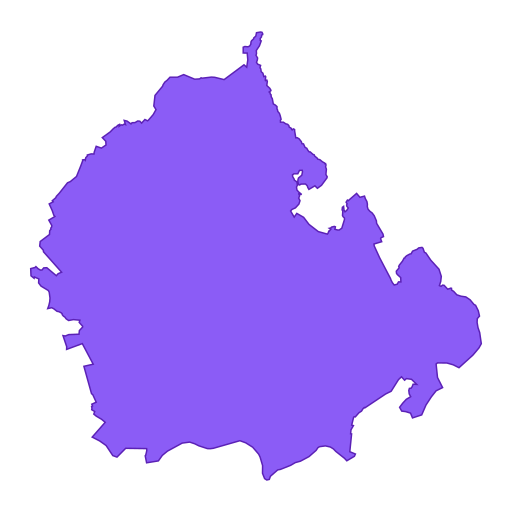 outline of Uriu, Bistrita-Nasaud, Romania
{"feature_id": "2599482B41912909280800", "entity_name": "Uriu", "entity_type": "district", "adm_level": 2, "iso_a3": "ROU", "parent_name": "Romania", "parent_adm1": "Bistrita-Nasaud", "projection": "albers", "projection_center": [24.088, 47.22], "detail": "fine", "context": "isolated", "style": "filled", "palette": "violet", "viewbox_px": 512, "rotation_deg": 0, "n_neighbors": 0, "source": "geoboundaries", "source_scale": "gbopen_adm2", "svg_char_len": 5964}
<svg xmlns="http://www.w3.org/2000/svg" viewBox="0 0 512 512"><path d="M355.4,454.0L349.8,451.7L351.6,433.9L350.6,433.8L351.0,429.8L353.4,425.6L351.7,425.1L353.6,417.3L354.3,416.7L355.3,416.9L358.9,412.8L361.5,411.1L363.1,408.6L364.3,407.5L364.8,407.9L385.6,394.0L391.2,391.2L398.5,379.6L401.5,376.8L404.6,380.2L406.4,378.6L411.5,379.3L416.7,384.4L413.1,384.2L412.2,386.6L411.1,388.2L409.4,388.4L408.8,390.4L409.2,393.9L410.7,396.7L406.3,399.3L402.7,403.2L399.6,407.3L401.7,411.1L405.6,411.6L410.5,413.1L412.5,417.9L421.7,414.9L426.0,405.0L431.3,396.9L436.1,390.8L442.6,387.6L437.5,377.5L436.1,364.0L437.5,362.9L446.9,363.0L453.2,364.8L459.0,367.7L473.0,355.0L478.9,348.0L481.3,343.7L479.7,332.6L478.0,327.6L477.1,322.4L477.3,318.6L479.5,316.1L478.3,310.8L475.6,305.3L473.9,304.4L470.1,299.8L465.8,296.9L461.0,296.2L456.8,294.8L453.6,291.3L451.6,290.1L451.5,288.3L450.9,288.1L447.7,289.2L444.1,285.3L442.6,285.1L441.1,286.3L439.4,285.6L440.7,281.6L441.3,276.4L439.0,269.2L430.8,260.2L425.9,253.0L424.4,252.3L423.0,248.3L422.0,247.4L418.7,247.9L417.1,249.3L412.6,251.1L411.1,253.8L409.9,254.0L406.9,255.6L405.4,256.8L404.8,258.0L404.1,258.1L402.5,261.1L399.2,265.3L398.7,266.6L399.1,267.2L398.9,268.1L396.3,271.2L396.5,273.3L397.3,274.5L400.7,277.6L400.9,281.9L398.5,281.9L397.2,284.2L394.2,285.0L392.4,282.7L391.0,280.0L390.5,278.5L379.6,257.7L374.2,245.9L374.0,244.0L381.7,241.7L380.6,238.8L381.1,237.7L383.5,236.6L383.0,234.1L376.6,223.3L376.4,220.8L374.2,215.7L372.2,213.0L369.8,211.2L368.0,209.1L367.3,206.6L367.4,204.1L366.9,201.5L365.3,198.6L364.5,196.1L359.9,197.3L356.6,193.4L348.2,200.7L347.4,200.1L346.1,202.2L347.1,203.8L346.6,205.0L346.9,206.4L348.3,208.0L346.7,210.4L345.0,211.8L344.0,210.0L343.6,206.4L342.4,207.3L342.1,209.9L342.8,211.1L342.5,215.5L343.1,216.7L344.4,217.9L344.5,219.4L341.8,228.2L339.2,230.0L337.7,230.0L334.9,229.3L335.4,226.8L334.3,226.4L331.5,227.1L330.8,228.0L329.4,228.3L330.8,229.2L329.2,231.2L328.8,231.1L328.0,233.3L327.4,234.1L318.3,231.6L309.0,224.4L303.6,217.3L296.8,213.4L294.2,217.1L290.6,211.0L292.0,209.4L295.4,207.9L298.9,204.1L300.0,200.7L298.7,198.1L299.7,195.6L299.0,194.6L298.9,193.9L301.7,194.5L298.5,191.8L296.9,189.9L296.5,187.0L297.4,185.2L296.9,181.9L294.3,180.1L294.2,179.2L292.7,176.7L292.5,174.8L294.0,173.8L297.8,173.8L299.5,170.4L302.2,170.3L302.5,171.8L301.8,175.2L298.5,178.0L298.0,179.6L297.8,181.4L298.3,183.8L299.0,184.9L299.6,185.0L301.0,184.1L305.5,184.0L307.2,185.7L307.8,187.5L308.9,189.4L314.9,185.8L317.4,188.3L321.5,185.3L326.9,178.0L327.2,176.8L325.9,174.5L326.4,169.2L325.6,166.9L326.0,165.0L325.6,163.7L325.1,163.9L324.6,163.0L322.3,161.7L319.9,159.7L317.7,159.1L317.1,158.0L314.8,156.2L314.1,154.7L313.1,154.5L310.2,151.9L309.2,151.9L307.9,150.4L306.8,148.3L305.0,147.3L303.5,143.9L302.0,143.7L301.3,141.6L299.1,138.8L297.2,137.7L295.8,137.8L294.6,130.8L294.7,129.8L294.0,129.1L293.4,128.9L292.2,129.9L291.6,129.5L291.5,128.7L290.9,128.0L289.3,127.2L288.8,125.5L287.6,124.3L285.7,123.8L283.4,122.2L280.5,122.2L280.4,120.2L281.1,119.3L280.2,115.6L279.4,113.3L277.7,111.3L277.6,110.1L277.0,108.9L277.0,106.6L275.4,105.1L273.3,103.9L272.3,98.6L271.3,97.0L271.0,94.6L270.3,94.1L270.0,92.6L269.2,92.0L270.9,90.7L270.9,90.2L269.8,88.3L266.8,85.5L267.3,81.4L266.8,80.1L265.5,80.6L265.3,80.1L265.7,76.7L265.3,76.1L263.8,76.6L262.9,73.2L261.2,71.7L260.8,68.9L260.1,67.9L260.1,67.1L260.6,65.4L257.6,64.1L256.5,62.3L257.3,60.1L257.6,58.0L256.0,55.3L256.5,53.6L256.3,50.5L259.4,45.9L261.2,40.9L260.3,40.5L260.2,38.5L261.5,36.9L261.6,35.1L262.7,34.6L262.7,33.7L262.0,32.3L260.5,32.0L256.5,32.7L255.8,36.1L253.8,37.9L253.6,38.9L251.6,40.7L251.0,41.9L250.8,44.2L249.6,46.1L247.9,46.8L244.9,46.5L243.2,47.2L243.2,53.0L247.2,53.1L247.8,59.9L246.7,67.2L244.0,64.8L224.1,79.6L214.7,77.3L211.4,77.1L202.0,78.2L201.1,77.8L199.6,78.9L194.7,79.2L183.7,74.6L177.5,77.2L170.0,77.2L167.0,80.4L164.9,82.0L163.1,84.7L162.6,86.2L155.0,95.4L153.8,106.0L156.0,109.6L153.2,114.6L148.2,120.4L147.5,120.8L144.9,119.5L141.6,123.1L139.8,121.2L137.7,121.0L135.0,122.6L132.1,122.7L131.0,123.9L127.1,121.1L124.2,120.4L125.5,124.6L124.2,124.1L122.3,125.2L121.1,124.8L119.2,126.2L119.4,124.5L117.8,125.3L116.0,127.1L115.0,127.3L113.1,128.9L110.2,131.9L102.3,137.6L105.8,141.3L106.0,145.0L101.4,148.1L96.2,146.3L94.2,152.2L94.0,154.0L91.1,153.9L87.3,155.0L87.3,156.1L85.8,157.6L85.3,160.3L84.6,159.6L82.6,159.9L82.7,160.7L80.8,165.8L76.5,176.5L70.3,181.6L67.5,182.8L59.3,193.2L56.3,196.4L55.8,197.7L52.3,200.7L53.2,201.8L49.2,203.9L52.3,210.8L53.8,215.2L54.9,216.5L48.8,220.1L51.8,225.5L51.6,227.1L50.8,228.1L50.9,229.3L49.7,230.7L49.5,234.5L40.2,241.5L39.7,246.1L43.3,250.2L43.5,251.8L61.6,272.2L58.1,273.7L56.3,275.7L46.8,267.7L43.7,267.9L42.0,270.0L40.5,270.1L38.2,268.8L35.9,266.6L35.0,267.5L30.7,268.6L31.0,275.8L34.1,278.3L34.4,277.0L38.8,278.9L38.6,282.9L41.0,286.1L48.3,290.5L49.2,292.2L50.0,298.1L49.7,301.8L48.8,305.6L47.7,308.6L51.7,307.7L53.8,308.8L57.0,311.3L59.0,311.7L61.1,312.8L62.1,313.6L62.2,314.6L63.4,316.1L64.9,317.1L66.1,318.8L68.6,320.5L73.4,319.6L79.9,320.2L79.2,322.4L82.6,326.2L82.6,327.1L79.4,330.5L79.0,334.2L68.7,334.6L65.3,336.0L63.0,335.6L66.7,346.7L66.6,349.4L82.3,343.6L93.2,364.2L83.9,366.3L91.5,393.6L92.9,394.9L96.2,402.2L91.8,404.2L92.5,406.0L91.6,406.6L92.0,408.0L91.7,409.7L94.7,411.5L93.8,414.1L96.2,416.1L101.6,419.3L105.2,422.3L92.2,437.1L99.6,440.9L106.1,445.5L112.8,455.6L117.0,457.1L125.7,448.3L146.6,448.6L146.8,450.3L146.3,452.8L145.6,455.5L145.2,455.8L146.6,462.8L158.4,460.9L162.3,455.4L167.5,451.1L182.2,443.1L189.7,442.1L194.8,443.8L198.8,445.8L207.4,448.6L210.2,448.7L213.3,448.3L239.9,440.7L245.7,442.8L252.7,447.2L258.7,454.2L260.1,457.1L262.6,465.6L262.5,473.3L264.6,478.6L266.8,480.0L269.3,479.4L270.4,476.3L277.7,469.9L280.4,469.4L290.7,465.3L295.3,462.6L300.4,461.2L309.0,456.6L316.1,450.4L317.9,447.7L319.5,446.7L325.4,445.9L330.3,447.0L333.4,448.9L335.8,451.4L344.5,458.3L346.8,460.8L354.4,456.3L355.4,454.0Z" fill="#8b5cf6" stroke="#5b21b6" stroke-width="1.5"/></svg>